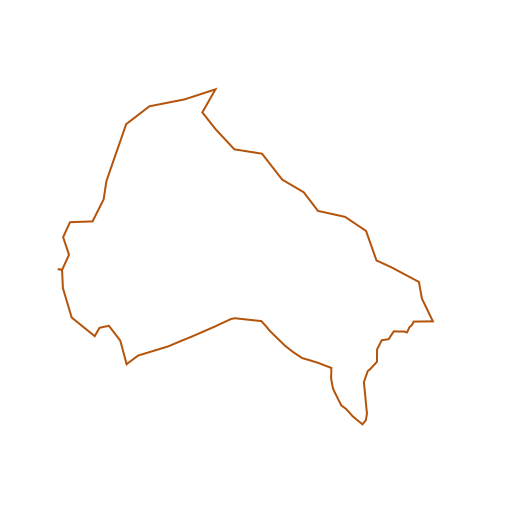 the district of Lympia, Nicosia, Cyprus, rotated 19°
{"feature_id": "46923920B77915362912232", "entity_name": "Lympia", "entity_type": "district", "adm_level": 2, "iso_a3": "CYP", "parent_name": "Cyprus", "parent_adm1": "Nicosia", "projection": "orthographic", "projection_center": [33.474, 34.986], "detail": "fine", "context": "isolated", "style": "outline", "palette": "amber", "viewbox_px": 512, "rotation_deg": 19, "n_neighbors": 0, "source": "geoboundaries", "source_scale": "gbopen_adm2", "svg_char_len": 1528}
<svg xmlns="http://www.w3.org/2000/svg" viewBox="0 0 512 512"><g transform="rotate(19 256 256)"><path d="M404.8,316.7L400.9,304.9L402.3,294.7L408.6,291.4L409.5,287.3L410.8,282.4L412.6,281.8L415.1,281.1L418.7,279.8L420.7,279.2L423.6,279.1L424.1,275.2L424.2,273.7L426.0,270.1L426.4,266.7L440.9,261.5L444.5,260.2L426.7,242.2L418.5,227.5L387.7,222.6L371.4,221.0L351.9,196.5L327.5,190.0L299.9,193.2L280.4,180.2L256.0,175.3L241.1,165.6L228.4,157.3L200.8,162.2L176.4,149.2L158.5,137.7L163.4,111.6L137.4,131.2L106.5,149.1L90.3,173.6L90.3,191.6L90.2,209.5L90.2,234.0L93.5,252.0L90.2,276.5L69.1,284.6L67.5,301.0L78.8,315.7L77.2,332.0L72.8,332.9L77.2,332.4L83.9,349.3L84.4,350.0L84.3,349.9L84.5,350.1L92.0,360.6L101.7,374.1L101.8,374.2L129.6,384.3L131.4,374.9L135.2,372.5L139.7,369.9L155.2,380.2L168.9,400.4L169.1,400.0L176.9,388.6L179.6,386.6L202.7,369.8L207.6,365.4L212.7,360.8L221.3,353.3L226.1,348.9L240.3,335.9L242.4,333.8L252.8,323.8L256.0,321.8L282.3,315.8L289.5,319.8L290.2,320.2L291.9,321.4L293.8,322.5L311.8,331.0L313.0,331.5L322.5,334.8L333.0,337.5L340.4,337.1L350.3,336.8L356.6,337.1L359.9,337.2L360.5,337.2L361.6,337.2L362.6,337.2L362.6,337.3L363.7,337.3L366.8,347.0L367.0,347.7L367.7,348.8L368.1,349.5L369.1,351.3L372.1,356.5L372.7,357.1L376.6,361.0L384.8,369.0L385.4,369.6L390.5,371.1L394.7,373.3L399.4,376.0L400.7,376.5L411.2,380.4L411.5,380.5L412.1,378.7L413.3,375.7L412.7,371.5L412.1,368.5L411.0,366.2L399.1,340.2L399.1,328.6L401.0,325.3L403.6,319.4L404.8,316.7Z" fill="none" stroke="#b45309" stroke-width="2"/></g></svg>